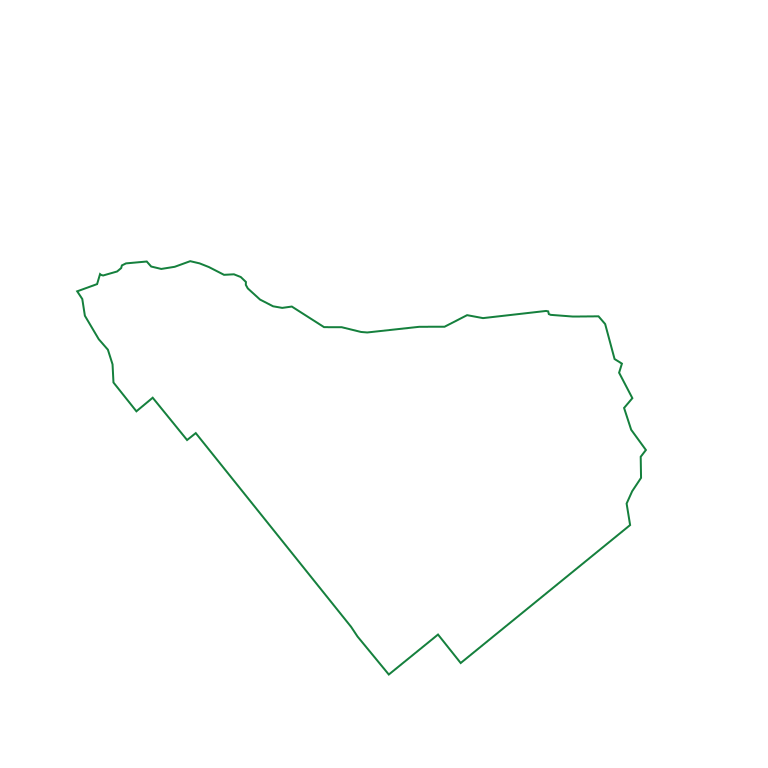 outline of Taylor, Florida, United States of America, rotated 141°
{"feature_id": "52423323B58777265344291", "entity_name": "Taylor", "entity_type": "district", "adm_level": 2, "iso_a3": "USA", "parent_name": "United States of America", "parent_adm1": "Florida", "projection": "equal_earth", "projection_center": [-83.624, 29.985], "detail": "fine", "context": "isolated", "style": "outline", "palette": "green", "viewbox_px": 768, "rotation_deg": 141, "n_neighbors": 0, "source": "geoboundaries", "source_scale": "gbopen_adm2", "svg_char_len": 994}
<svg xmlns="http://www.w3.org/2000/svg" viewBox="0 0 768 768"><g transform="rotate(141 384 384)"><path d="M281.5,119.5L270.7,138.4L258.6,144.5L243.3,149.3L230.3,165.9L222.0,167.9L220.7,192.9L212.5,214.3L199.9,216.7L194.2,244.8L186.3,250.1L189.1,258.3L174.4,291.4L174.7,301.6L194.6,317.4L210.9,332.8L211.9,334.6L210.7,337.1L212.1,338.8L265.6,372.9L276.1,385.2L300.9,390.4L320.5,406.2L364.6,434.6L369.1,438.9L381.1,454.7L394.8,465.9L406.9,502.2L415.2,507.2L421.3,514.2L427.2,527.6L429.7,544.0L429.0,548.0L427.1,550.2L428.0,557.3L431.6,563.7L439.6,569.5L446.5,585.1L451.4,593.8L457.3,601.4L472.9,606.8L484.7,613.6L491.0,621.8L491.3,628.5L508.6,640.1L513.1,641.1L515.3,639.5L520.6,639.4L534.0,645.1L535.2,646.8L535.5,648.1L544.1,642.2L564.1,649.1L565.0,639.9L573.5,625.3L577.5,598.3L577.0,584.4L582.6,570.1L593.3,555.4L593.6,518.6L572.4,518.9L572.3,464.4L561.2,464.3L562.4,215.9L563.5,204.4L563.1,155.2L499.7,155.3L500.0,118.9L281.5,119.5Z" fill="none" stroke="#15803d" stroke-width="2"/></g></svg>